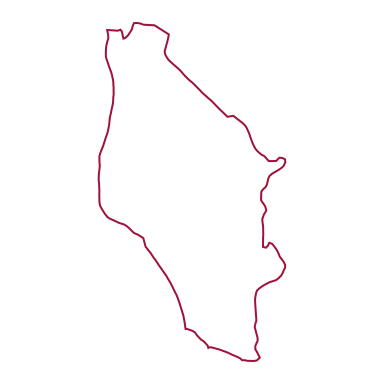 Aslam, Hajjah, Yemen
{"feature_id": "15242507B36700459789736", "entity_name": "Aslam", "entity_type": "district", "adm_level": 2, "iso_a3": "YEM", "parent_name": "Yemen", "parent_adm1": "Hajjah", "projection": "albers", "projection_center": [43.295, 16.059], "detail": "fine", "context": "isolated", "style": "outline", "palette": "rose", "viewbox_px": 384, "rotation_deg": 0, "n_neighbors": 0, "source": "geoboundaries", "source_scale": "gbopen_adm2", "svg_char_len": 3644}
<svg xmlns="http://www.w3.org/2000/svg" viewBox="0 0 384 384"><path d="M185.6,329.0L186.5,328.8L189.6,329.8L192.6,330.9L195.1,332.5L196.7,335.0L198.9,337.4L201.0,339.6L203.5,341.1L205.5,343.2L207.6,345.5L208.3,347.9L209.9,347.2L212.9,347.7L216.0,348.6L218.8,349.3L221.5,350.3L224.2,351.3L225.9,351.9L227.4,352.5L230.2,353.8L230.7,354.1L233.7,355.4L236.8,356.7L239.8,358.1L242.1,360.2L243.3,360.2L245.1,360.3L248.1,360.9L250.6,360.9L251.0,360.9L253.9,361.0L256.9,360.4L259.8,357.7L258.3,354.7L256.9,351.8L255.4,349.5L255.3,346.2L256.3,343.6L257.6,341.0L257.6,338.1L254.7,326.9L255.5,323.3L256.4,320.6L255.7,310.8L255.4,306.2L255.1,301.7L255.1,298.8L255.5,296.1L256.1,293.0L256.6,291.6L257.2,290.3L259.4,288.3L261.8,286.6L264.1,285.1L267.0,283.5L270.2,281.9L270.8,281.8L273.0,281.1L275.9,280.2L278.5,278.3L279.7,276.9L281.0,275.9L282.5,273.3L283.7,270.5L285.0,267.9L285.2,265.0L283.7,262.0L281.8,259.3L279.9,256.9L279.0,254.7L278.8,254.1L277.5,251.3L275.9,248.7L274.0,246.1L272.1,243.8L269.3,242.8L268.0,245.5L266.0,247.7L263.0,246.9L263.1,237.4L263.3,234.5L263.2,231.6L263.2,228.7L263.0,225.5L262.5,222.2L262.3,219.1L262.9,217.4L263.9,214.5L266.3,210.6L266.0,209.4L265.2,206.3L261.1,200.3L261.1,197.4L261.2,194.5L261.4,191.5L263.3,189.1L265.6,187.1L266.4,185.5L266.9,184.6L267.6,181.7L268.2,178.8L269.4,176.1L271.8,173.9L274.3,172.4L277.1,170.8L279.5,169.3L281.9,167.6L283.9,165.5L285.3,162.2L285.0,159.3L282.4,158.0L281.4,157.9L279.4,157.7L276.1,161.0L268.8,161.1L264.2,156.0L261.7,154.8L259.3,152.9L257.2,150.9L255.4,148.7L253.9,145.9L252.6,143.2L251.5,140.2L250.4,137.3L249.4,134.0L248.2,131.3L246.8,128.2L245.5,126.1L245.1,125.5L242.9,123.3L233.2,115.8L227.5,116.8L227.0,116.3L224.8,114.2L222.7,112.1L220.3,109.9L218.0,107.6L215.9,105.4L213.2,102.6L210.7,100.1L208.3,98.2L207.6,97.5L205.4,95.5L202.5,93.0L199.7,90.0L197.4,87.7L195.0,85.2L192.3,82.6L190.0,80.7L189.6,80.4L187.3,78.2L185.0,75.9L182.9,73.6L181.0,71.3L178.7,69.0L176.1,66.7L173.4,64.4L171.2,62.4L168.8,60.2L167.0,57.7L165.4,54.8L164.6,51.4L165.4,48.7L166.2,45.6L167.1,42.3L167.9,39.3L168.6,35.8L168.8,34.4L154.5,25.3L143.5,24.7L140.6,23.6L137.3,23.0L134.0,23.1L132.7,25.9L132.0,29.1L130.5,31.6L128.0,35.4L125.3,38.0L123.4,38.6L121.9,31.7L120.5,29.7L117.7,30.7L107.2,30.0L108.2,35.6L108.3,38.6L107.4,41.3L106.6,44.4L106.1,47.5L105.9,50.6L105.8,53.5L105.9,56.7L106.8,59.9L108.0,63.3L108.9,66.1L109.9,68.8L111.0,71.7L112.0,75.1L112.7,78.5L113.3,81.6L113.3,82.3L113.4,84.8L113.6,87.7L113.6,91.2L113.7,94.2L113.3,97.2L113.2,100.0L113.0,102.9L112.4,106.0L111.6,109.4L111.1,112.2L110.4,115.1L109.8,118.2L109.5,121.1L109.2,124.5L108.6,127.7L108.0,130.8L107.1,134.1L105.9,137.2L105.0,140.2L103.9,143.5L103.7,144.3L102.6,147.4L101.4,150.3L100.2,153.4L99.4,156.3L99.4,159.2L99.5,162.5L99.8,165.5L99.5,168.6L99.2,171.7L98.8,174.7L98.7,177.8L98.7,180.7L99.1,183.7L99.2,185.8L99.2,187.0L99.4,190.1L99.3,193.1L99.3,195.0L99.3,196.7L99.4,199.9L99.5,202.9L100.1,205.7L101.6,208.6L103.2,211.2L105.0,214.0L105.3,214.4L107.2,216.8L109.6,218.6L112.4,219.8L115.1,221.0L118.1,222.5L120.3,223.3L120.9,223.5L123.9,224.4L126.6,226.0L129.0,228.1L131.5,230.6L134.0,233.0L138.0,234.7L143.3,238.1L145.6,246.7L147.7,249.3L150.0,252.2L152.0,255.1L153.5,257.5L154.4,258.6L154.5,258.9L155.3,259.8L156.5,261.7L157.0,262.3L158.5,264.7L160.4,267.4L162.6,270.5L164.3,273.0L165.4,274.5L166.2,275.6L167.7,278.3L169.4,281.1L170.9,283.7L172.2,286.3L173.7,289.4L175.0,292.1L176.4,294.8L177.5,297.4L178.6,300.4L179.4,303.0L179.6,303.3L180.5,306.3L181.4,309.2L181.6,309.7L182.3,312.2L183.2,314.9L183.8,317.9L184.3,320.5L184.4,321.1L184.9,323.9L185.2,326.8L185.6,329.0Z" fill="none" stroke="#9f1239" stroke-width="2"/></svg>